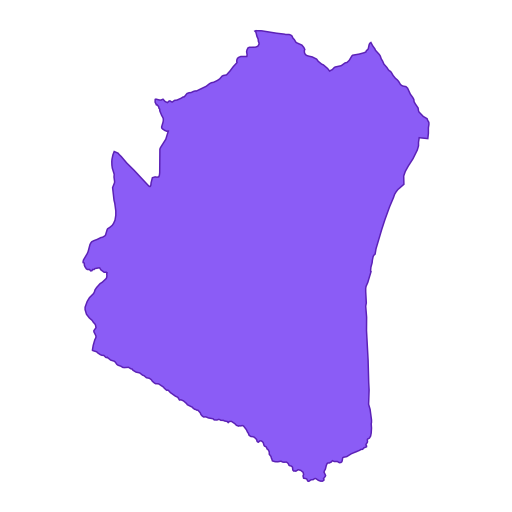 outline of Oshwe, Bandundu, Democratic Republic of the Congo
{"feature_id": "63176286B4112889633509", "entity_name": "Oshwe", "entity_type": "district", "adm_level": 2, "iso_a3": "COD", "parent_name": "Democratic Republic of the Congo", "parent_adm1": "Bandundu", "projection": "robinson", "projection_center": [19.895, -3.147], "detail": "fine", "context": "isolated", "style": "filled", "palette": "violet", "viewbox_px": 512, "rotation_deg": 0, "n_neighbors": 0, "source": "geoboundaries", "source_scale": "gbopen_adm2", "svg_char_len": 5964}
<svg xmlns="http://www.w3.org/2000/svg" viewBox="0 0 512 512"><path d="M427.8,138.6L428.4,133.3L428.4,127.8L428.9,124.6L428.9,123.2L428.8,122.3L427.6,120.2L427.1,118.7L423.2,116.4L419.0,112.0L418.5,110.8L418.1,108.0L415.3,103.9L414.1,101.8L413.8,99.4L412.7,97.4L410.3,94.1L407.6,88.2L405.9,86.6L403.1,86.1L401.7,85.5L400.4,84.4L398.6,81.4L397.3,79.9L395.3,78.2L393.1,75.5L391.3,72.4L390.4,71.3L389.4,70.8L388.3,69.7L386.9,67.5L383.9,64.1L382.6,61.1L381.2,58.8L380.3,56.1L379.3,54.5L375.4,50.2L374.9,48.9L372.6,45.7L370.9,42.5L369.7,43.4L369.1,44.8L368.3,48.6L367.7,49.6L366.5,50.5L365.8,52.0L363.9,52.8L359.1,54.1L352.7,55.2L351.9,55.9L349.2,60.4L347.0,62.5L345.1,62.9L341.2,65.7L335.2,67.0L334.3,67.5L332.2,69.7L331.4,70.0L329.6,71.1L327.6,68.5L323.4,64.9L321.6,64.1L318.2,61.3L316.6,59.1L312.2,56.9L309.0,56.2L307.0,55.6L305.7,54.8L304.9,53.7L304.5,52.8L304.3,50.8L304.8,49.5L303.8,47.4L301.9,45.1L296.5,42.7L295.8,42.1L294.4,39.7L292.8,37.9L292.0,36.0L290.8,35.1L289.2,34.5L285.7,34.5L284.1,34.1L276.4,33.2L261.6,30.8L255.8,30.7L254.9,31.1L255.9,32.2L257.0,36.6L258.1,38.9L258.4,41.5L258.9,42.6L259.1,43.9L258.4,45.3L257.7,46.3L255.4,47.2L249.3,47.3L248.0,47.9L247.0,49.9L246.6,51.7L247.1,54.8L246.8,56.5L240.8,56.5L238.8,57.3L237.5,58.3L236.9,59.8L236.7,61.3L237.0,62.6L233.3,66.6L230.0,71.0L226.5,74.9L223.3,75.5L222.1,76.1L219.7,78.9L217.3,80.5L213.6,82.3L211.4,82.7L209.5,83.7L206.2,86.3L196.2,91.1L195.3,90.9L193.5,91.4L191.0,92.6L189.1,92.7L187.0,93.5L184.4,96.7L183.8,97.0L183.2,96.9L181.2,98.2L176.9,100.1L174.5,100.4L172.4,102.0L171.6,101.9L170.0,100.9L169.1,101.0L167.4,102.6L165.1,101.5L163.0,99.2L160.9,100.1L159.4,100.0L155.9,99.1L155.2,99.4L155.1,102.1L156.4,104.9L157.0,104.7L158.6,106.6L159.0,108.3L159.7,109.1L159.8,110.9L161.7,115.5L162.7,117.2L163.3,118.7L163.3,120.8L163.0,122.3L161.6,127.0L161.8,128.1L162.8,129.2L163.4,129.4L164.5,130.4L165.5,130.6L166.3,131.2L168.3,131.1L165.8,139.2L160.5,147.6L159.9,149.1L159.7,172.8L159.4,175.3L158.7,176.9L157.0,177.2L155.1,176.9L152.4,177.7L151.1,182.7L150.9,184.9L150.3,186.4L149.8,186.5L148.9,186.1L148.0,185.2L134.0,170.2L126.8,163.1L121.3,156.6L119.1,154.5L118.1,153.2L114.2,151.5L112.9,154.9L112.0,159.2L111.8,161.5L111.9,165.1L112.3,168.1L114.2,174.3L114.0,177.0L114.6,181.5L114.5,182.8L112.6,187.6L114.0,200.1L114.8,203.4L115.8,211.0L115.8,215.3L115.0,220.2L113.6,223.3L112.3,225.3L110.2,227.1L107.6,228.8L107.1,229.8L105.5,235.1L104.7,236.0L102.4,237.3L101.0,237.5L97.0,239.5L94.0,240.6L91.8,241.7L90.9,242.8L90.0,244.5L88.1,251.6L87.3,253.5L83.5,259.9L83.1,261.5L83.1,262.6L83.9,262.8L84.3,263.4L84.3,265.0L84.9,266.6L86.4,268.9L87.5,269.5L89.5,269.5L90.7,270.9L91.9,270.7L92.6,269.5L94.0,269.5L94.9,268.6L99.1,267.8L99.7,267.9L100.8,269.8L104.2,272.3L106.2,272.2L107.1,272.9L106.7,273.7L106.9,275.6L106.7,277.4L106.2,278.5L102.3,282.2L100.1,283.6L96.7,287.4L95.0,289.9L94.5,291.7L93.5,293.6L89.5,297.6L87.2,301.4L85.1,307.2L85.1,309.7L86.5,314.3L89.3,317.9L92.1,320.4L93.5,322.5L94.7,323.7L95.5,325.0L96.0,327.7L93.9,330.6L93.9,331.8L95.8,335.6L96.0,336.7L95.8,337.8L94.8,339.8L93.2,345.4L92.4,350.2L92.9,350.6L96.7,351.8L97.6,352.8L100.4,354.7L101.9,355.3L103.8,355.4L105.8,357.4L107.6,357.8L107.6,357.6L110.7,360.1L114.2,361.2L115.3,362.1L116.8,364.3L118.0,365.2L120.9,366.2L122.7,367.4L124.3,367.6L128.5,367.3L130.9,368.8L132.2,369.1L132.9,370.2L136.0,372.1L139.7,372.9L142.5,375.1L144.1,375.7L146.4,377.7L149.4,378.3L151.3,379.7L152.4,381.3L154.4,383.0L155.6,383.7L158.5,383.8L163.6,387.2L164.2,388.1L166.2,389.9L166.8,390.3L167.5,390.1L168.4,390.4L170.4,392.6L175.3,396.1L177.8,397.3L179.4,399.9L179.9,400.1L180.4,399.8L181.0,399.8L183.5,400.9L186.6,403.6L187.3,404.7L192.5,407.3L193.0,408.1L194.7,409.3L195.6,409.4L196.6,410.1L197.9,410.2L200.2,412.7L201.0,414.6L202.3,416.1L203.7,417.0L205.4,416.8L206.6,417.1L208.3,417.9L213.1,418.8L214.2,419.9L217.0,420.0L218.5,419.4L219.8,419.6L220.8,420.3L223.6,420.4L224.2,420.9L227.6,421.6L228.0,422.5L228.3,422.6L229.0,421.8L229.9,421.4L231.5,421.4L234.9,423.7L236.4,425.3L238.0,425.9L238.7,426.1L239.1,425.8L240.9,425.9L241.8,425.6L242.7,425.6L243.6,426.1L246.4,429.7L247.4,431.9L248.3,433.2L249.1,435.3L250.9,436.5L253.0,436.7L254.4,437.3L256.6,439.5L257.1,441.4L257.6,441.9L258.4,442.2L259.8,440.9L261.0,440.8L262.2,441.5L263.2,442.6L264.1,445.6L264.7,446.2L265.8,446.6L266.6,447.6L267.1,449.0L268.0,449.5L268.8,451.0L269.2,451.5L269.3,454.3L271.0,456.5L271.3,458.0L271.7,458.7L272.4,460.9L275.1,461.7L277.8,461.8L281.0,461.2L282.5,462.0L283.7,462.2L286.4,462.1L287.1,462.5L288.3,463.6L288.8,465.0L289.5,465.6L291.1,466.0L291.9,466.5L292.5,467.3L292.8,470.0L293.4,470.7L293.9,471.1L294.9,470.9L295.8,471.2L298.2,469.7L300.8,470.4L303.1,472.3L303.6,474.5L303.0,475.9L303.6,478.2L306.1,478.7L306.8,479.1L307.7,481.0L308.6,481.3L309.4,481.0L310.2,480.3L311.1,479.8L313.3,479.6L314.4,478.7L315.3,478.5L316.2,478.8L318.3,480.3L320.4,481.1L322.4,481.2L323.8,480.3L324.0,479.8L323.5,478.7L325.3,476.3L325.6,475.5L324.0,472.1L324.4,470.9L325.4,469.1L326.3,465.4L327.2,463.4L327.9,463.0L329.7,462.9L330.2,462.4L331.2,462.1L332.4,460.7L334.2,461.5L337.3,461.5L339.4,462.7L340.9,462.5L341.8,461.8L342.2,460.7L342.6,458.3L342.8,457.7L343.4,457.3L346.8,456.6L351.4,453.7L359.9,450.2L360.6,449.5L362.6,449.3L363.9,447.9L366.5,446.8L366.6,446.0L366.0,445.1L366.0,444.4L367.3,442.4L367.5,441.7L367.3,439.8L367.6,439.1L369.4,438.1L370.6,436.1L371.2,433.0L371.5,428.1L371.2,423.8L371.5,422.4L371.5,420.0L370.1,409.4L368.6,404.3L369.1,390.0L368.7,382.5L368.1,360.3L366.5,330.6L366.6,317.2L365.7,306.2L366.3,303.0L365.7,291.7L365.7,288.4L366.0,286.5L367.8,282.4L370.9,272.0L371.0,271.5L370.7,271.4L370.6,270.2L370.9,267.2L372.1,262.8L372.4,260.0L373.1,256.7L373.7,255.4L375.1,254.1L376.0,248.8L381.8,229.2L384.9,219.7L389.6,206.7L393.5,197.5L394.6,194.3L396.2,191.7L397.9,189.5L403.9,184.3L403.7,176.0L405.3,171.4L408.3,166.0L413.0,158.7L417.3,150.0L418.5,145.8L418.5,142.3L419.2,137.7L427.8,138.6Z" fill="#8b5cf6" stroke="#5b21b6" stroke-width="1.5"/></svg>